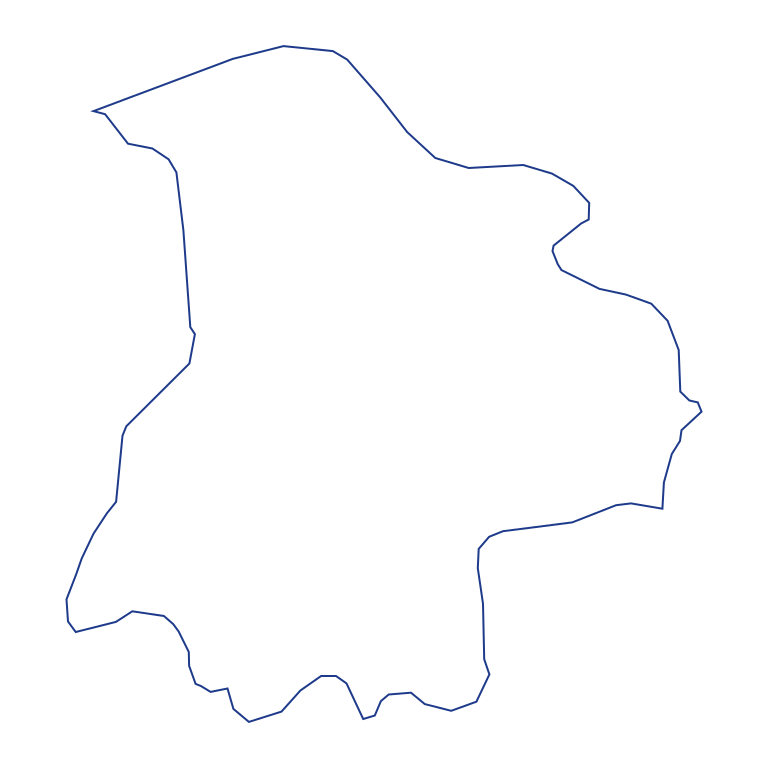 outline of San Juan Tecuaco, Santa Rosa, Guatemala
{"feature_id": "79465075B56577131945853", "entity_name": "San Juan Tecuaco", "entity_type": "district", "adm_level": 2, "iso_a3": "GTM", "parent_name": "Guatemala", "parent_adm1": "Santa Rosa", "projection": "robinson", "projection_center": [-90.267, 14.073], "detail": "fine", "context": "isolated", "style": "outline", "palette": "blue", "viewbox_px": 768, "rotation_deg": 0, "n_neighbors": 0, "source": "geoboundaries", "source_scale": "gbopen_adm2", "svg_char_len": 1183}
<svg xmlns="http://www.w3.org/2000/svg" viewBox="0 0 768 768"><path d="M476.4,701.7L489.4,674.4L484.2,659.2L483.0,603.7L477.8,568.2L478.7,548.9L489.1,536.8L503.0,531.2L572.2,522.4L616.1,505.2L631.0,503.4L662.4,508.7L663.9,482.5L671.8,454.0L680.0,440.9L681.5,430.2L701.5,411.7L697.8,402.4L689.4,400.5L680.3,391.6L678.7,350.0L667.6,320.8L651.3,303.7L626.0,294.6L599.5,288.9L561.5,270.1L557.8,264.3L552.5,251.1L553.6,245.6L581.1,223.5L588.7,219.5L589.2,202.9L573.3,185.9L552.0,173.6L523.2,165.0L468.7,168.0L435.3,158.0L407.2,132.1L380.2,97.4L347.2,59.6L332.9,51.1L283.5,46.1L232.7,58.9L93.5,111.1L105.1,114.2L128.0,143.7L152.4,148.5L168.6,159.3L176.4,172.4L183.4,230.4L190.3,327.2L194.9,334.1L189.4,363.5L126.3,426.3L122.5,435.7L116.1,501.8L106.9,513.3L93.5,533.7L81.7,558.5L76.4,573.7L66.5,599.4L68.0,621.5L75.7,632.0L115.9,621.9L132.3,611.3L163.9,616.0L173.2,624.1L178.6,631.4L188.8,652.0L189.1,665.8L195.6,683.9L200.9,686.0L210.6,691.9L227.5,688.5L233.4,708.9L248.9,721.9L281.5,711.6L300.4,690.5L321.1,676.0L336.0,676.0L346.5,683.4L363.2,719.0L374.8,715.5L380.9,701.1L388.7,694.5L411.0,692.7L424.8,704.1L451.2,710.8L476.4,701.7Z" fill="none" stroke="#1e3a8a" stroke-width="2"/></svg>